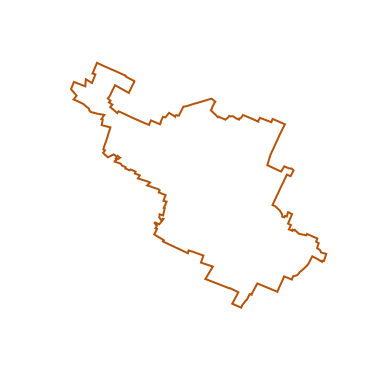 the district of Peto, Yucatán, Mexico, rotated 108°
{"feature_id": "50627088B37854102096410", "entity_name": "Peto", "entity_type": "district", "adm_level": 2, "iso_a3": "MEX", "parent_name": "Mexico", "parent_adm1": "Yucatán", "projection": "robinson", "projection_center": [-88.859, 20.051], "detail": "fine", "context": "isolated", "style": "outline", "palette": "amber", "viewbox_px": 384, "rotation_deg": 108, "n_neighbors": 0, "source": "geoboundaries", "source_scale": "gbopen_adm2", "svg_char_len": 5899}
<svg xmlns="http://www.w3.org/2000/svg" viewBox="0 0 384 384"><g transform="rotate(108 192 192)"><path d="M248.6,172.2L248.9,161.5L256.4,161.7L256.5,149.1L270.6,152.4L271.5,136.3L272.1,126.7L271.7,126.0L273.0,116.9L285.8,119.2L286.8,109.5L286.5,109.5L285.4,109.3L284.8,109.3L284.1,109.3L283.4,109.0L282.7,108.8L282.2,108.6L281.5,108.3L280.9,108.1L280.1,107.9L279.1,107.5L278.3,107.0L277.9,106.8L277.4,106.5L277.0,106.4L276.7,106.4L276.3,106.3L275.6,106.2L275.2,106.2L274.6,106.1L274.2,106.0L273.4,105.9L272.3,105.7L271.2,105.6L271.1,105.4L271.2,104.5L271.3,103.8L271.3,103.7L271.1,103.8L258.8,101.6L260.5,80.0L258.2,79.8L255.9,79.6L248.6,78.7L243.8,78.3L244.4,70.0L243.4,70.0L242.6,69.9L241.8,69.8L241.3,69.8L240.7,69.7L240.5,69.1L240.3,68.6L240.0,68.3L239.7,67.9L239.4,67.4L238.9,66.6L238.8,66.4L237.5,65.7L236.3,65.2L235.2,65.0L234.6,64.7L233.5,63.9L231.9,62.9L230.9,62.3L229.2,61.3L228.5,61.0L227.4,60.3L225.5,59.5L225.1,59.3L224.7,59.2L223.2,58.9L222.5,58.8L221.7,58.6L221.3,58.5L220.9,58.6L219.4,58.3L216.0,57.7L216.9,52.5L218.2,46.8L217.1,46.9L216.9,45.2L209.4,45.2L209.6,50.8L207.8,52.0L206.7,55.7L201.5,55.7L201.0,58.5L197.5,58.4L196.9,64.2L196.4,69.7L197.9,69.9L198.7,77.3L198.2,78.4L197.8,79.3L196.2,82.5L197.0,82.9L196.7,84.6L197.9,84.6L197.6,88.3L192.8,87.7L192.4,90.9L186.6,90.4L186.0,90.3L182.1,90.0L181.9,91.3L181.5,94.4L186.0,94.3L186.1,96.3L187.6,96.4L187.6,98.6L185.3,99.5L182.4,102.9L181.0,105.8L179.8,108.5L179.5,111.4L157.7,108.7L155.4,108.3L151.9,107.9L146.1,107.1L146.5,103.1L143.5,102.6L140.1,102.1L139.8,102.7L138.9,104.5L139.6,107.2L139.4,109.1L139.0,112.1L145.0,113.6L144.8,115.5L144.3,120.0L143.2,128.7L140.7,128.7L139.2,128.7L137.0,128.8L135.3,128.8L131.8,128.8L129.0,128.5L127.1,128.2L124.3,127.9L112.5,126.5L109.9,126.2L98.9,124.6L98.1,132.3L97.6,137.9L101.1,138.2L100.5,150.3L100.9,150.4L102.0,150.5L102.4,150.7L102.6,150.7L102.8,150.8L103.1,150.9L103.4,151.0L103.8,151.1L104.1,151.0L104.3,150.9L104.5,150.8L104.5,151.1L104.5,151.3L104.5,151.5L104.4,152.0L104.4,152.4L104.4,152.5L104.3,153.3L104.2,153.9L104.2,154.1L104.2,154.3L104.1,154.8L104.1,155.2L104.0,155.4L104.0,155.6L104.0,155.9L104.0,156.0L103.9,156.2L103.9,156.4L103.9,156.6L103.9,157.1L103.9,157.4L103.8,157.9L103.7,158.7L103.6,159.9L103.6,160.5L103.5,161.1L103.4,162.4L103.3,163.6L103.2,164.9L103.2,165.1L103.2,165.3L103.1,166.6L103.0,167.4L105.0,167.8L107.0,168.6L107.5,169.6L107.5,169.8L108.6,169.7L108.4,172.9L108.2,173.6L107.7,175.0L107.3,176.0L107.4,177.0L108.1,178.3L108.2,180.2L109.4,180.5L110.4,180.9L112.9,182.6L112.8,183.1L112.6,185.2L112.5,187.1L112.2,190.2L112.9,190.5L111.7,192.6L110.8,194.4L109.7,196.8L108.4,199.4L107.5,199.1L106.8,198.9L106.7,198.9L105.9,198.8L104.9,199.0L104.0,198.8L103.0,198.5L101.6,198.5L100.9,198.4L98.9,197.7L98.5,198.7L97.2,202.3L99.8,206.1L101.5,208.5L103.8,211.8L107.0,216.6L108.8,219.2L109.4,220.1L110.6,221.7L111.8,223.3L112.6,224.6L113.1,225.6L113.1,226.1L113.7,226.6L116.3,227.0L118.7,227.4L123.4,228.1L123.5,229.3L123.9,229.5L123.8,230.8L124.4,231.4L124.7,231.4L125.2,231.6L125.5,231.5L123.8,238.3L129.3,240.3L129.4,242.8L132.4,243.2L135.3,243.5L135.7,243.1L137.5,243.3L137.3,245.4L137.3,245.5L137.0,249.0L136.6,253.1L136.8,253.1L138.2,253.3L140.0,253.5L141.5,253.6L141.4,254.5L140.8,261.8L140.7,262.6L140.5,264.4L140.4,265.3L139.9,270.7L139.2,276.4L138.8,279.2L137.9,286.8L140.0,287.4L139.5,288.7L138.2,291.7L137.7,293.0L136.5,296.0L133.5,294.7L132.5,298.7L130.5,297.7L129.0,301.0L126.2,299.9L119.4,299.0L116.4,298.5L114.2,298.2L114.7,295.7L115.2,293.2L115.4,292.4L116.0,289.2L116.3,287.8L116.6,286.0L117.3,282.7L114.2,282.3L112.2,282.0L111.2,281.9L108.4,281.5L104.8,280.9L104.7,280.9L104.4,281.0L104.3,281.4L104.2,282.3L103.9,283.7L103.5,286.2L103.3,287.3L102.8,289.8L102.5,290.9L101.9,291.0L101.8,291.5L101.5,295.0L101.3,296.7L101.1,298.0L100.7,301.8L100.5,304.3L100.3,306.3L99.7,312.3L99.7,312.7L99.1,317.5L99.0,318.2L99.0,318.3L98.9,319.3L98.7,320.7L98.5,322.3L100.2,322.4L102.7,322.6L103.8,322.7L105.2,322.8L110.1,323.2L109.9,321.9L109.8,321.7L110.0,321.3L110.0,320.2L119.3,320.8L118.4,324.2L117.6,327.8L124.5,326.1L123.8,338.3L130.4,338.8L131.6,338.8L132.9,336.7L135.0,333.2L136.1,331.5L140.6,333.2L140.8,330.5L141.3,326.1L142.0,322.1L143.6,318.6L143.6,318.4L144.1,317.1L144.3,316.2L144.8,315.6L145.0,315.4L146.2,314.9L147.2,312.9L146.9,308.8L146.6,304.5L146.0,300.8L145.8,299.2L150.7,300.7L150.7,299.3L156.3,298.5L156.2,296.4L156.1,294.4L155.9,291.6L155.8,290.7L155.7,289.6L160.8,289.5L162.5,289.6L164.3,289.4L166.5,289.4L168.5,289.4L171.4,289.4L172.6,289.5L175.6,289.6L178.9,289.5L178.9,289.3L179.3,287.6L182.3,288.6L183.4,286.3L185.0,282.6L183.0,280.6L180.4,278.1L180.8,276.9L181.1,276.0L181.6,274.7L180.6,273.8L181.7,271.3L181.7,271.1L183.7,272.6L183.1,274.6L183.9,274.9L185.2,274.1L186.3,274.9L186.6,274.5L187.0,274.7L187.1,268.5L188.5,266.9L188.9,262.8L190.3,262.6L190.2,262.0L190.7,258.0L189.5,257.3L190.1,251.9L192.1,252.1L192.3,246.8L195.8,247.6L195.7,237.4L195.7,237.1L195.8,236.6L195.9,235.5L196.0,234.9L196.5,235.2L197.2,235.5L198.5,236.1L199.0,236.3L199.6,236.6L199.6,236.1L199.6,235.4L199.6,234.8L199.6,233.9L199.6,232.5L199.7,229.6L199.7,229.3L199.7,228.3L199.7,227.7L199.7,226.2L199.7,225.2L199.9,224.7L200.1,223.9L200.3,223.3L202.7,223.4L203.1,216.1L206.2,216.3L209.2,216.4L209.1,215.3L209.1,214.3L209.0,213.2L211.8,213.4L213.9,213.7L214.8,213.8L215.1,213.8L215.8,213.9L215.7,212.9L217.3,212.8L218.2,212.7L218.9,212.7L219.4,212.7L219.7,212.6L223.2,212.2L223.2,213.1L223.2,213.6L223.2,214.8L223.2,215.3L223.2,215.9L223.7,215.8L224.5,215.6L225.8,215.4L226.3,215.3L226.8,214.6L227.1,214.2L227.6,213.5L228.2,212.8L227.8,212.6L227.3,212.1L226.5,211.7L226.4,210.8L231.0,212.4L232.9,213.3L232.4,217.7L233.2,217.9L235.0,214.9L237.7,215.6L237.9,213.8L241.3,214.4L244.0,214.9L245.3,209.4L246.6,203.8L248.1,204.3L249.4,193.5L250.1,188.0L250.8,182.4L251.5,177.0L248.6,177.2L248.6,172.2Z" fill="none" stroke="#b45309" stroke-width="2"/></g></svg>